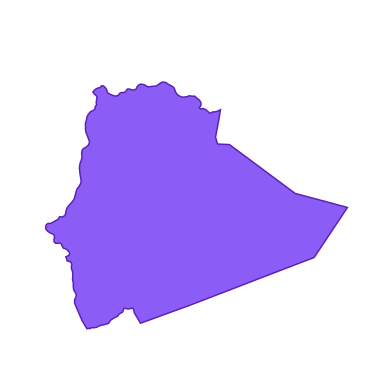 the district of Brejolândia, Bahia, Brazil, rotated 350°
{"feature_id": "56859067B59046067616005", "entity_name": "Brejolândia", "entity_type": "district", "adm_level": 2, "iso_a3": "BRA", "parent_name": "Brazil", "parent_adm1": "Bahia", "projection": "robinson", "projection_center": [-43.939, -12.468], "detail": "fine", "context": "isolated", "style": "filled", "palette": "violet", "viewbox_px": 384, "rotation_deg": 350, "n_neighbors": 0, "source": "geoboundaries", "source_scale": "gbopen_adm2", "svg_char_len": 2904}
<svg xmlns="http://www.w3.org/2000/svg" viewBox="0 0 384 384"><g transform="rotate(350 192 192)"><path d="M125.8,77.6L125.6,75.7L124.6,73.9L123.2,72.1L121.3,71.7L119.6,73.2L117.3,73.3L115.3,73.8L113.4,74.9L111.8,76.3L112.8,78.6L114.1,80.0L115.1,81.8L114.2,83.9L113.8,85.7L113.1,87.4L113.4,89.2L111.9,90.7L111.0,92.5L110.2,94.0L108.7,94.5L105.7,95.4L103.1,97.8L101.5,100.1L100.3,103.4L99.3,105.0L98.6,107.7L98.5,109.6L98.0,111.1L97.9,114.5L98.3,116.5L99.1,120.6L99.8,124.3L99.1,126.4L97.6,128.3L94.7,129.7L92.2,130.6L90.8,132.2L90.0,134.8L89.9,137.2L89.5,139.1L88.5,141.5L86.9,144.0L85.8,147.0L85.3,148.8L85.1,151.2L84.8,155.7L84.8,158.6L84.8,161.0L84.5,162.7L83.6,164.6L81.3,167.4L80.0,168.3L78.4,170.5L77.1,173.4L75.8,176.4L74.7,178.4L72.7,180.6L69.7,182.9L67.1,184.9L65.3,187.3L64.6,189.3L63.6,191.6L62.8,193.0L59.9,194.1L57.5,193.3L55.1,195.7L52.6,196.6L51.2,197.1L48.4,198.1L47.0,198.4L44.9,197.9L43.0,198.8L42.0,200.4L41.6,203.0L43.0,205.6L45.0,207.5L47.1,208.8L48.8,210.5L48.8,212.4L47.9,214.4L47.5,217.2L48.9,218.9L50.7,219.2L52.5,219.2L54.3,220.3L54.8,223.0L55.6,225.0L56.9,225.6L58.6,226.7L59.6,228.2L60.4,229.5L61.0,231.2L59.6,233.0L57.9,233.6L56.5,233.8L56.9,235.7L57.0,238.0L58.3,238.9L60.2,239.5L61.1,242.0L60.4,244.2L60.0,246.1L60.1,247.8L60.6,249.6L60.3,252.2L59.8,255.0L59.2,256.9L59.2,259.7L59.3,261.3L58.9,263.2L58.6,265.2L58.5,267.0L58.8,269.1L59.6,270.6L60.1,272.4L59.9,274.3L59.1,275.9L57.8,277.3L57.4,279.2L57.1,281.2L61.4,299.6L64.8,308.4L66.4,308.4L67.7,308.8L69.1,308.2L70.4,308.4L71.9,308.7L73.6,308.6L75.3,308.5L77.1,307.7L80.6,307.5L86.8,307.0L88.3,305.6L89.1,304.5L90.3,303.8L91.9,303.1L93.5,302.5L95.0,302.0L97.2,301.4L98.3,300.3L99.4,299.4L100.6,298.9L102.1,298.6L103.2,297.7L103.7,296.4L104.8,294.7L106.8,295.4L109.1,296.2L111.2,296.1L113.5,296.0L114.3,298.8L114.1,300.6L115.0,303.2L115.9,305.3L118.5,312.3L169.5,303.3L220.4,293.4L243.6,288.8L300.9,277.7L335.1,241.9L342.4,234.2L307.9,218.1L293.3,211.3L237.1,151.8L225.5,149.2L224.7,142.0L226.0,138.6L231.0,125.4L234.3,115.9L232.7,116.5L231.1,116.8L229.4,117.1L227.3,116.9L225.6,116.9L224.0,117.5L222.6,117.0L221.9,115.7L220.3,113.8L219.1,112.6L217.3,111.8L214.7,111.6L213.8,110.2L215.4,108.9L216.2,107.1L216.2,104.8L215.0,102.5L213.7,101.0L212.6,100.0L211.9,98.6L210.6,97.9L208.6,97.7L207.1,97.0L205.4,96.8L203.5,97.3L202.2,97.2L200.3,97.1L198.4,96.7L195.9,95.0L194.4,93.3L193.4,91.4L192.9,89.2L192.7,87.4L191.8,85.4L189.7,83.5L188.5,82.7L187.0,81.5L185.6,80.0L184.4,79.2L183.1,78.8L181.1,78.8L178.5,79.8L176.4,80.9L174.4,81.4L172.6,81.1L171.0,81.1L169.6,81.0L167.7,80.9L166.4,80.4L165.2,79.4L163.4,78.0L161.9,77.3L160.0,76.9L158.7,77.2L156.6,78.4L155.0,80.7L153.0,81.5L150.6,81.1L148.2,79.7L146.1,79.4L144.8,80.9L143.1,82.1L141.3,82.1L139.7,81.8L138.3,82.0L137.3,82.9L136.3,83.9L134.4,84.3L132.8,84.1L131.6,83.5L130.0,82.6L127.7,81.1L126.3,79.8L125.8,77.6Z" fill="#8b5cf6" stroke="#5b21b6" stroke-width="1.5"/></g></svg>